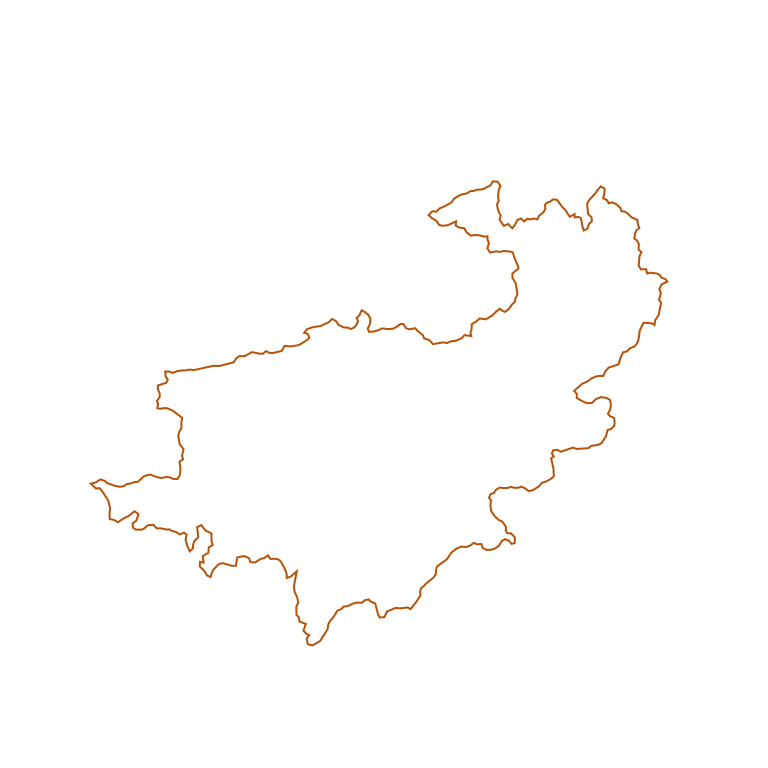 outline of Iporanga, São Paulo, Brazil, rotated 24°
{"feature_id": "56859067B48219000211613", "entity_name": "Iporanga", "entity_type": "district", "adm_level": 2, "iso_a3": "BRA", "parent_name": "Brazil", "parent_adm1": "São Paulo", "projection": "robinson", "projection_center": [-48.552, -24.49], "detail": "fine", "context": "isolated", "style": "outline", "palette": "amber", "viewbox_px": 768, "rotation_deg": 24, "n_neighbors": 0, "source": "geoboundaries", "source_scale": "gbopen_adm2", "svg_char_len": 6165}
<svg xmlns="http://www.w3.org/2000/svg" viewBox="0 0 768 768"><g transform="rotate(24 384 384)"><path d="M179.0,461.7L181.6,466.1L184.6,467.7L184.6,471.5L177.9,477.4L179.7,480.9L182.9,483.8L184.4,487.2L183.5,491.8L185.8,494.3L186.7,498.3L189.6,497.7L192.1,495.9L195.8,494.3L202.1,494.3L213.3,497.0L214.8,502.2L216.9,506.6L216.3,510.7L217.3,515.4L221.9,522.1L227.4,525.1L228.7,531.9L231.1,534.4L228.8,538.1L231.9,543.1L233.5,546.8L234.5,550.6L234.0,554.8L229.6,556.6L226.2,556.4L222.5,557.7L219.4,560.2L214.8,561.4L207.7,561.8L205.2,563.2L202.2,566.1L198.9,573.5L196.0,575.0L193.2,577.7L189.7,580.2L187.8,583.2L184.4,585.4L179.4,586.5L171.3,587.1L168.2,586.1L163.7,586.5L160.9,590.9L156.7,594.3L163.4,596.6L166.6,594.8L172.2,597.8L179.5,602.7L184.3,608.9L186.0,614.1L188.4,618.9L192.6,618.0L197.1,618.5L201.4,611.8L204.1,608.9L207.8,601.8L212.7,602.7L213.3,609.5L211.0,613.7L213.3,617.4L216.2,618.0L221.6,615.8L223.7,613.6L225.7,609.1L230.7,606.4L235.1,608.4L238.8,606.6L244.2,605.5L247.2,604.1L250.3,604.5L254.1,603.8L258.8,604.5L261.7,601.1L264.9,601.8L266.0,606.8L270.3,612.1L274.6,615.9L276.3,611.9L274.9,608.2L274.7,604.4L276.7,599.5L271.5,590.9L274.4,587.2L280.4,590.4L287.1,590.7L290.5,598.0L293.0,600.9L290.3,604.6L292.3,609.5L288.4,615.1L291.9,620.6L288.3,621.2L289.9,625.6L296.2,628.0L300.2,630.9L304.1,630.9L303.6,626.8L303.8,622.5L306.3,615.8L309.6,613.2L319.1,612.0L322.6,610.2L320.5,602.1L326.3,598.0L331.5,598.0L334.5,601.1L338.8,599.5L342.5,593.9L345.3,591.8L347.8,587.7L351.3,590.0L356.2,587.7L359.5,587.3L362.2,588.3L369.9,594.3L372.3,597.2L374.1,600.7L377.1,597.9L380.5,590.7L384.0,605.5L387.0,610.4L391.4,614.1L394.5,618.5L394.5,623.2L398.0,630.6L400.9,631.6L403.5,635.4L410.2,635.0L410.7,642.1L414.4,643.7L417.8,643.9L416.9,648.2L420.4,652.7L425.0,651.9L430.1,645.0L432.2,631.1L430.8,625.9L431.2,622.3L432.9,615.9L433.6,610.0L436.2,607.5L437.8,603.7L441.3,601.6L445.1,597.1L447.9,594.8L452.8,592.9L454.5,589.3L457.4,587.1L460.9,588.3L465.2,588.0L472.2,596.8L475.0,599.1L479.2,596.8L479.3,590.5L485.6,583.9L490.2,582.3L496.7,578.4L499.8,578.9L502.1,570.0L503.3,562.2L501.5,559.3L500.8,555.6L502.6,552.3L503.8,548.6L507.8,541.1L508.7,537.0L507.5,533.8L506.6,529.3L512.8,518.4L514.0,510.9L517.1,505.0L520.8,501.1L525.7,499.3L528.6,496.3L530.6,492.6L534.2,492.6L538.0,490.6L541.1,493.8L545.4,493.8L548.6,492.2L552.2,489.3L554.8,485.1L555.5,479.7L557.5,476.6L561.8,476.3L565.7,478.2L568.1,476.0L566.0,470.9L560.8,468.8L557.3,470.2L554.8,468.2L553.7,465.2L551.1,463.3L547.6,461.5L544.3,461.6L539.2,459.9L533.6,456.5L530.5,451.5L529.1,446.8L526.1,445.1L526.2,441.1L528.7,439.0L529.3,435.2L531.8,431.5L535.2,430.6L539.1,428.8L541.6,426.5L545.1,425.9L548.8,424.2L551.4,421.8L555.5,422.0L559.7,423.0L563.1,420.6L567.4,414.2L568.3,410.3L571.7,407.2L574.9,403.1L576.7,399.2L573.1,392.2L566.9,383.9L568.6,381.1L565.7,379.3L565.4,375.9L569.2,373.6L573.1,374.0L582.4,365.3L586.5,364.9L596.8,359.5L598.5,356.2L604.3,352.6L606.7,349.7L608.1,341.5L606.9,335.2L609.9,332.6L611.3,328.6L610.1,324.7L608.0,321.4L603.4,321.4L600.7,320.1L601.0,315.5L600.0,311.3L597.2,306.7L593.2,306.2L587.4,307.8L583.7,311.7L581.7,316.7L577.1,319.0L571.4,319.0L565.7,318.3L564.2,314.7L560.5,312.9L565.0,303.1L568.9,298.9L571.2,294.6L573.8,291.6L577.0,289.3L581.1,287.4L581.1,282.6L582.5,277.7L590.3,270.6L589.5,264.6L589.4,258.0L592.7,255.3L594.1,251.4L597.6,247.8L598.8,243.2L597.9,237.8L595.9,231.2L596.2,222.5L604.1,219.6L607.2,220.1L605.8,215.5L606.9,209.4L604.1,197.1L601.0,195.2L600.0,188.4L596.9,185.3L597.1,180.1L601.2,175.1L598.1,173.6L594.5,174.1L591.6,172.3L588.5,172.1L582.2,173.9L579.4,176.0L576.8,172.5L572.2,174.8L568.5,172.3L565.4,163.2L565.5,158.9L561.8,157.5L559.8,152.3L556.7,150.0L553.5,149.3L552.2,144.7L552.1,140.7L553.8,137.8L550.8,134.6L548.7,131.0L542.2,131.0L536.9,128.9L533.5,128.7L530.7,129.6L528.1,126.8L522.6,125.2L518.4,125.3L515.8,127.5L512.9,125.3L508.7,125.3L508.0,120.9L506.2,115.9L501.7,115.3L500.2,120.0L499.5,123.8L496.5,133.0L496.3,136.9L501.4,145.8L505.8,147.2L507.7,150.9L506.1,154.5L506.7,159.5L504.0,162.5L501.2,159.3L496.4,152.3L493.6,152.3L490.3,154.3L489.0,151.3L485.7,155.7L479.4,151.6L474.4,149.5L467.1,145.4L463.3,146.6L461.9,149.5L459.1,152.1L458.1,155.3L460.1,157.8L459.9,162.0L457.4,167.0L457.1,171.2L453.5,171.8L451.0,174.1L447.8,174.6L445.9,178.4L441.9,177.1L439.2,179.8L438.9,185.5L437.9,189.6L432.2,187.4L429.2,190.8L422.8,187.0L422.1,182.6L419.0,180.3L416.3,177.3L414.1,173.7L414.4,170.3L412.1,166.6L409.8,159.8L409.9,155.7L405.5,153.0L401.1,154.5L400.4,159.5L394.9,166.0L390.1,168.6L388.0,170.7L384.6,172.6L382.2,176.2L377.9,179.2L374.9,182.8L372.6,186.3L371.9,190.4L367.4,196.6L363.3,201.1L361.7,205.3L357.8,206.6L356.1,211.6L360.5,213.0L365.7,213.7L369.4,216.2L373.1,215.7L377.7,213.0L383.7,206.1L385.1,210.2L388.8,210.5L394.1,209.1L397.6,211.7L402.8,213.2L407.3,210.5L411.9,209.1L415.8,208.6L418.4,206.9L419.8,210.0L422.6,212.7L423.2,218.0L427.5,220.8L432.3,217.3L436.6,216.0L438.9,213.9L445.0,211.8L448.1,211.4L452.4,216.2L458.1,221.5L459.9,223.9L456.3,230.7L458.1,234.7L463.5,238.5L469.4,247.7L469.3,252.1L470.0,255.9L468.5,259.6L467.6,264.6L465.2,268.9L461.9,268.9L459.1,268.1L456.6,273.1L455.1,277.2L450.8,283.5L444.7,285.2L442.7,289.6L439.9,293.6L441.7,298.3L442.1,302.1L444.2,304.7L437.6,306.6L436.4,310.5L432.0,315.4L428.1,317.6L424.7,321.0L421.0,322.0L412.4,327.7L408.7,325.8L405.8,325.5L402.2,326.1L399.7,323.6L392.6,321.7L389.8,320.3L384.8,323.8L381.1,324.0L377.4,321.3L374.5,322.6L372.8,325.9L369.9,329.7L365.9,331.9L359.3,334.2L357.1,337.1L353.2,340.3L349.0,342.4L346.5,339.8L346.9,335.6L345.1,329.9L341.4,327.1L337.3,326.0L333.6,325.8L333.6,331.2L332.2,334.8L334.8,337.3L334.7,341.2L333.8,344.4L331.3,347.3L328.0,347.2L324.3,348.7L318.6,348.5L314.3,346.0L310.1,345.7L308.5,349.9L302.5,356.7L294.8,361.9L291.3,365.4L290.2,369.7L293.9,369.2L297.1,372.4L295.1,376.3L290.3,383.2L283.1,387.8L277.6,389.7L277.2,395.3L270.0,400.8L266.9,402.2L262.8,401.9L261.1,405.6L257.8,407.0L250.4,408.6L245.5,415.2L240.8,417.2L238.6,420.6L237.8,425.4L226.1,434.6L220.3,437.1L204.7,448.6L201.0,449.7L197.3,452.2L193.8,453.8L189.6,456.7L186.1,460.0L182.9,459.9L179.0,461.7Z" fill="none" stroke="#b45309" stroke-width="2"/></g></svg>